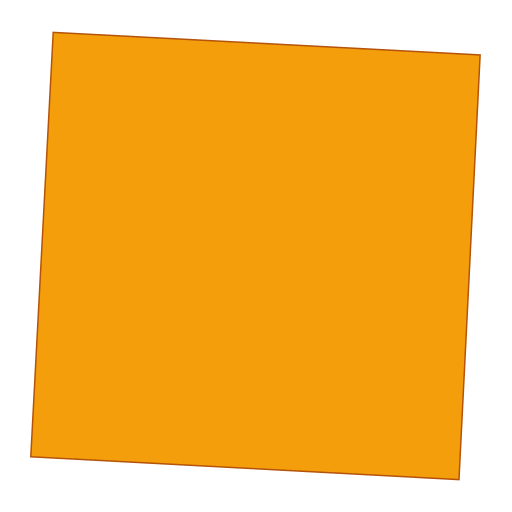 Wheeler, Texas, United States of America (orthographic projection), rotated 3°
{"feature_id": "52423323B41320659077500", "entity_name": "Wheeler", "entity_type": "district", "adm_level": 2, "iso_a3": "USA", "parent_name": "United States of America", "parent_adm1": "Texas", "projection": "orthographic", "projection_center": [-100.27, 35.401], "detail": "fine", "context": "isolated", "style": "filled", "palette": "amber", "viewbox_px": 512, "rotation_deg": 3, "n_neighbors": 0, "source": "geoboundaries", "source_scale": "gbopen_adm2", "svg_char_len": 235}
<svg xmlns="http://www.w3.org/2000/svg" viewBox="0 0 512 512"><g transform="rotate(3 256 256)"><path d="M41.8,43.3L41.6,468.3L470.4,468.7L469.8,235.2L469.3,43.5L41.8,43.3Z" fill="#f59e0b" stroke="#b45309" stroke-width="1.5"/></g></svg>